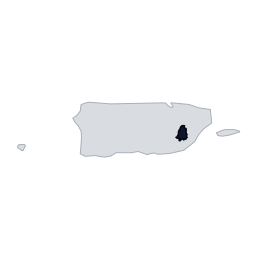 San Lorenzo, Puerto Rico (highlighted), rotated 357°
{"feature_id": "32010507B65674201186595", "entity_name": "San Lorenzo", "entity_type": "district", "adm_level": 2, "iso_a3": "PRI", "parent_name": "Puerto Rico", "parent_adm1": "", "projection": "robinson", "projection_center": [-65.979, 18.152], "detail": "fine", "context": "in_parent", "style": "filled", "palette": "ink", "viewbox_px": 256, "rotation_deg": 357, "n_neighbors": 0, "source": "geoboundaries", "source_scale": "gbopen_adm2", "svg_char_len": 3082}
<svg xmlns="http://www.w3.org/2000/svg" viewBox="0 0 256 256"><g transform="rotate(357 128 128)"><path d="M169.0,107.6L171.6,109.6L174.2,109.3L172.1,105.3L174.0,105.3L190.1,107.7L200.5,111.8L211.2,113.8L211.9,127.3L203.6,132.7L198.3,138.3L193.9,145.2L182.4,153.2L168.5,155.6L159.3,155.8L155.8,155.6L152.5,154.2L145.5,155.5L136.9,152.0L129.5,152.9L114.8,152.0L109.3,155.1L104.0,155.8L98.9,155.2L94.5,153.8L83.6,154.0L79.0,151.3L81.0,136.0L81.1,129.0L78.5,123.3L75.5,119.7L73.4,115.4L77.7,112.6L81.2,108.5L82.3,102.4L86.2,100.9L90.7,100.2L111.4,103.0L164.0,104.7L167.0,105.2L169.0,107.6ZM228.3,140.5L221.7,141.1L217.4,140.3L216.0,137.4L224.0,134.7L233.3,135.1L238.7,136.7L239.3,137.8L228.3,140.5ZM22.1,144.9L21.3,145.0L20.5,144.9L20.2,144.6L19.6,143.8L17.2,142.3L16.7,141.0L17.2,139.6L18.2,139.0L23.1,138.9L23.6,139.0L24.5,140.0L24.6,140.7L24.1,141.3L23.2,143.0L22.9,143.4L22.6,143.9L22.5,144.6L22.1,144.9Z" fill="#d9dde1" stroke="#a8b0b8" stroke-width="1"/><path d="M175.5,139.8L175.6,140.0L176.0,140.4L176.1,140.5L176.4,140.7L176.7,140.7L176.8,140.7L177.1,140.8L177.3,140.9L177.5,140.9L177.8,140.8L178.0,140.7L178.2,140.8L178.3,140.8L178.4,141.2L178.6,141.4L178.8,141.4L178.8,141.6L178.5,141.8L178.5,142.1L178.4,142.3L178.3,142.6L178.4,142.8L178.7,143.1L178.7,143.3L178.8,143.3L179.0,143.4L179.5,143.4L179.7,143.1L179.9,142.8L180.1,142.6L180.3,142.5L180.4,142.2L180.5,142.0L180.8,142.1L181.1,142.0L181.4,142.0L181.5,141.7L181.9,141.6L182.2,141.9L182.4,141.9L182.4,142.0L182.8,142.1L182.9,142.3L183.0,142.2L183.1,142.4L183.2,142.1L183.4,142.1L183.7,141.8L183.8,141.9L183.9,141.7L184.1,141.7L184.7,142.1L184.9,142.1L185.0,141.8L185.3,141.8L185.3,141.7L185.5,141.7L185.8,141.3L185.7,141.0L185.8,141.0L185.9,140.9L186.0,140.5L186.3,140.4L186.1,140.2L186.2,139.9L186.1,139.7L186.2,139.3L186.1,139.1L186.0,138.9L186.1,138.7L186.1,138.4L186.2,138.1L186.2,137.8L186.2,137.7L186.3,137.6L186.6,137.6L186.6,137.4L186.2,137.2L186.1,137.3L186.1,137.0L186.0,136.9L185.9,136.8L186.0,136.7L185.9,135.9L185.6,135.0L185.8,134.9L185.8,134.6L185.7,134.4L185.8,134.1L185.7,133.5L185.9,133.6L186.0,133.6L186.0,133.3L186.0,133.1L185.9,132.9L186.0,132.4L185.9,132.3L185.9,132.2L185.9,131.7L185.5,131.7L185.4,131.5L185.2,131.4L185.0,131.1L184.9,131.1L184.8,130.9L184.4,130.5L184.3,130.4L184.3,130.1L184.2,130.1L184.0,129.9L184.1,129.5L184.0,129.4L184.1,129.2L184.0,128.9L184.2,128.7L183.6,128.6L183.4,128.5L182.9,128.5L182.7,128.6L182.3,128.5L181.6,128.8L181.5,129.1L181.4,129.4L181.2,129.4L180.8,129.5L180.7,129.6L180.6,130.2L180.5,130.3L180.4,130.5L180.2,130.7L180.0,130.9L179.9,131.2L179.9,131.7L180.1,131.8L180.0,132.0L179.9,132.5L179.8,132.4L179.6,132.8L179.5,132.7L179.0,132.7L178.8,133.1L178.9,133.4L178.8,133.6L178.5,133.7L178.5,133.8L178.4,134.1L178.2,134.5L178.1,134.9L178.2,135.4L178.2,135.5L178.0,135.9L178.1,136.1L178.1,136.3L178.1,136.5L178.3,136.6L178.2,136.8L178.0,137.0L177.8,137.3L177.9,137.5L177.7,137.8L177.3,137.9L177.1,138.2L177.2,138.4L177.1,138.6L177.0,138.9L176.9,139.2L176.3,139.7L176.2,139.6L175.7,139.6L175.5,139.8Z" fill="#0f172a" stroke="#020617" stroke-width="1.5"/></g></svg>